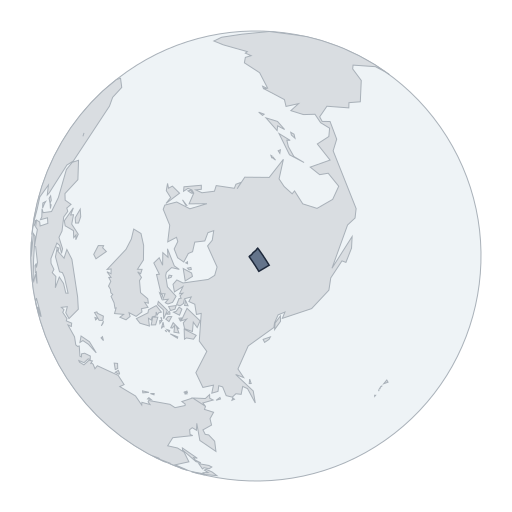 North Dakota on an orthographic globe, rotated 235°
{"feature_id": "USA-3516", "entity_name": "North Dakota", "entity_type": "State", "adm_level": 1, "iso_a3": "USA", "parent_name": "United States of America", "parent_adm1": "", "projection": "orthographic", "projection_center": [-98.519, 47.467], "detail": "fine", "context": "on_globe", "style": "filled", "palette": "slate", "viewbox_px": 512, "rotation_deg": 235, "n_neighbors": 0, "source": "natural_earth", "source_scale": "10m", "svg_char_len": 11414}
<svg xmlns="http://www.w3.org/2000/svg" viewBox="0 0 512 512"><g transform="rotate(235 256 256)"><circle cx="256" cy="256" r="225" fill="#eef3f6" stroke="#a8b0b8"/><path d="M381.4,443.1L376.4,446.4L376.3,446.5L360.8,455.4L344.7,463.1L328.1,469.4L331.7,468.0L342.6,462.4L356.7,445.0L353.8,442.5L339.4,442.9L322.5,429.9L328.3,420.1L324.1,417.0L338.0,400.0L333.5,388.0L328.3,387.4L323.7,393.8L305.4,389.1L297.9,379.5L237.4,365.2L230.3,358.9L228.9,348.8L202.4,311.2L216.8,345.9L207.7,338.8L199.2,326.0L202.7,323.6L195.2,304.7L186.2,296.1L181.0,271.4L189.8,241.8L193.5,247.6L195.1,240.3L190.6,232.8L187.2,229.7L186.8,198.0L173.8,176.4L163.5,176.2L170.6,171.4L147.0,176.3L136.0,171.1L152.2,173.0L156.8,170.3L151.2,164.5L154.7,160.5L154.0,155.6L158.7,151.5L167.9,153.6L171.1,151.1L166.9,147.2L169.0,141.1L174.6,147.1L178.8,137.1L194.9,139.8L206.1,161.0L218.8,160.7L240.4,178.2L242.3,173.7L251.6,178.2L257.2,174.9L259.6,179.5L262.0,172.9L258.7,169.3L258.7,165.3L261.7,163.1L265.3,168.6L264.3,170.4L266.9,170.9L267.5,174.7L268.9,171.6L272.9,178.7L273.4,168.6L280.4,171.8L281.8,177.4L275.8,180.7L264.2,203.4L263.8,211.0L269.3,217.8L292.0,222.1L294.0,229.2L301.0,235.9L302.7,230.0L297.7,222.7L302.5,213.8L295.9,206.5L296.9,202.0L292.5,193.4L299.5,190.8L308.7,193.0L312.7,200.2L316.9,201.6L318.2,191.8L330.7,203.0L347.5,206.8L350.0,210.5L345.7,222.0L332.6,228.9L327.0,245.8L337.1,231.1L343.2,241.1L347.0,241.4L350.4,239.0L350.6,233.8L354.0,236.7L345.3,251.8L342.0,249.4L344.8,244.5L338.8,248.0L332.9,259.1L336.5,263.8L323.9,277.1L326.3,280.7L324.9,286.0L321.9,279.1L327.0,292.0L312.8,311.9L319.5,333.9L305.9,319.1L296.8,318.9L286.2,321.3L287.2,324.9L271.9,324.2L260.0,333.3L258.4,351.3L265.7,363.8L282.4,362.6L286.1,354.8L297.7,351.4L292.1,371.7L312.6,370.5L312.1,384.2L318.5,389.6L328.1,385.4L338.3,385.6L344.6,376.0L355.1,367.9L356.4,378.3L361.3,366.4L367.8,369.0L388.1,358.6L386.8,361.8L404.1,364.1L420.9,357.3L424.8,361.2L422.9,366.9L428.3,363.6L428.4,366.1L447.9,350.2L456.3,344.8L454.9,353.3L445.8,371.6L432.4,395.5L414.5,415.1L406.6,423.4L394.8,433.4L381.4,443.1ZM76.9,291.8L78.1,287.3L79.4,292.0L76.9,291.8ZM77.5,283.3L77.3,285.1L77.2,283.3L77.5,283.3ZM76.5,281.2L77.2,282.7L76.2,281.4L76.5,281.2ZM75.0,278.9L75.9,280.0L75.7,280.0L75.0,278.9ZM319.7,341.5L343.1,345.1L331.1,350.3L333.2,347.7L327.0,345.2L315.8,344.1L305.0,349.0L319.7,341.5ZM73.3,274.1L72.9,272.7L73.9,273.3L73.3,274.1ZM327.2,326.7L323.3,327.0L327.0,325.8L327.2,326.7ZM185.1,229.1L190.1,233.1L192.9,241.6L188.4,238.6L185.1,229.1ZM180.3,213.5L183.6,214.0L181.5,221.4L180.2,218.8L180.3,213.5ZM155.4,177.3L158.8,180.2L154.3,178.9L155.4,177.3ZM153.1,155.7L151.0,156.2L151.6,153.5L153.1,155.7ZM288.9,195.5L290.7,194.5L290.6,196.6L288.9,195.5ZM285.4,192.9L284.0,196.1L282.1,195.3L283.0,193.3L285.4,192.9ZM159.2,144.9L160.7,140.6L160.8,145.3L159.2,144.9ZM287.5,189.2L279.0,193.5L275.7,192.2L276.2,183.7L287.5,189.2ZM162.6,138.3L166.1,128.2L161.8,128.4L176.0,122.7L168.3,132.8L169.1,138.5L166.0,136.5L162.6,138.3ZM256.4,169.1L260.0,172.8L254.2,171.8L256.4,169.1ZM252.7,169.5L235.0,173.0L231.1,166.8L237.8,166.7L230.6,160.6L237.4,155.8L243.0,158.1L244.1,163.0L245.8,157.5L252.7,169.5ZM183.3,121.4L185.5,119.4L185.0,121.9L183.3,121.4ZM258.2,163.7L255.0,164.8L251.4,159.4L257.3,156.2L256.5,158.9L258.2,163.7ZM225.3,161.5L223.7,157.1L228.8,152.0L228.9,149.7L237.3,155.2L225.3,161.5ZM258.9,159.1L260.3,154.8L264.7,155.4L261.2,162.2L258.9,159.1ZM248.0,159.4L246.6,156.8L249.3,157.2L248.0,159.4ZM281.2,155.9L277.4,157.0L275.2,154.2L281.2,155.9ZM260.6,153.2L259.0,153.0L257.7,152.1L259.6,149.5L260.6,153.2ZM240.3,151.3L242.8,150.2L237.1,148.7L240.7,145.1L245.7,149.5L245.0,146.1L246.1,145.0L248.9,149.9L240.3,151.3ZM257.5,144.4L265.1,149.2L272.6,147.5L274.8,149.9L262.3,152.2L257.5,144.4ZM252.2,147.1L256.0,145.9L256.8,149.3L254.7,152.2L252.2,147.1ZM241.4,141.1L234.6,145.5L233.7,144.5L241.4,141.1ZM259.6,143.2L257.7,142.1L260.0,142.7L259.6,143.2ZM246.8,140.9L244.5,142.6L243.6,141.3L246.8,140.9ZM255.9,138.6L258.3,140.1L257.0,142.0L255.9,138.6ZM251.6,139.1L250.9,136.9L255.1,141.9L250.7,140.0L251.6,139.1ZM246.3,139.4L245.0,139.2L247.4,138.9L246.3,139.4ZM259.6,130.6L265.2,136.3L262.2,140.5L257.2,134.3L259.6,130.6ZM396.7,80.1L384.5,71.4L401.9,86.5L399.0,86.3L380.3,71.5L364.2,59.7L362.6,59.3L367.8,64.9L359.0,60.9L369.0,67.0L368.7,65.5L374.9,69.5L375.6,71.2L372.5,69.5L375.9,73.2L389.9,80.8L391.1,80.1L403.1,92.1L406.3,92.2L411.4,96.8L407.9,98.3L404.4,96.4L402.1,104.2L406.9,107.1L409.4,100.2L410.9,103.0L417.4,107.8L413.6,106.5L409.7,114.0L417.2,127.6L435.6,150.3L438.1,159.2L436.2,165.5L420.7,153.9L416.7,135.3L411.2,131.7L404.4,134.1L403.8,128.5L400.5,127.4L398.3,120.9L387.7,111.4L384.3,105.3L372.9,101.7L369.7,98.2L377.3,101.2L380.8,100.3L371.5,86.5L367.6,83.9L361.0,82.8L359.2,79.5L354.0,80.3L345.1,73.4L351.6,82.8L343.9,82.6L334.7,78.9L333.3,80.7L348.4,86.9L353.4,87.9L355.8,86.0L370.4,91.3L375.2,96.2L364.3,97.5L369.8,104.8L358.9,103.3L324.8,86.4L314.3,79.9L312.0,66.9L318.6,67.6L322.7,72.4L325.6,67.1L322.1,67.9L320.7,65.4L313.1,65.2L311.7,63.4L306.7,66.5L304.2,64.3L307.3,62.4L293.9,61.0L286.6,57.4L284.2,58.0L283.7,59.6L274.9,54.3L273.5,55.1L275.9,57.0L274.7,59.8L269.1,62.9L266.4,60.9L268.0,59.5L267.3,53.9L272.0,50.9L270.3,50.5L265.5,52.6L266.4,59.4L263.9,61.8L262.5,58.5L262.8,59.9L260.7,60.5L256.0,59.4L257.1,63.1L237.3,74.6L226.3,74.2L227.2,69.5L210.5,77.0L199.4,76.9L201.6,78.6L195.1,84.0L198.5,84.0L199.1,85.3L183.9,100.4L178.2,102.7L174.2,112.1L175.3,113.1L179.3,111.8L176.0,122.7L161.8,128.4L159.9,125.8L152.3,131.6L149.1,125.0L143.0,122.6L144.0,112.8L139.0,112.1L136.6,114.6L128.0,115.9L118.9,111.1L137.1,104.2L152.9,111.5L147.4,107.3L151.9,105.3L151.8,102.0L147.6,99.6L145.2,101.2L154.9,83.6L151.2,74.8L143.7,81.6L136.6,84.6L125.9,83.0L131.3,70.0L122.0,75.8L119.8,76.9L124.5,73.1L127.8,71.3L134.6,66.8L135.7,66.7L144.3,60.8L146.3,60.4L152.0,56.4L147.3,58.7L139.0,63.7L141.9,61.8L155.9,54.2L170.5,47.6L185.5,42.0L200.8,37.6L216.4,34.2L232.3,32.0L248.2,30.9L264.2,30.9L280.1,32.0L295.9,34.3L311.5,37.7L326.9,42.2L341.9,47.7L356.4,54.3L370.4,62.0L383.9,70.6L396.7,80.1ZM479.1,225.1L480.6,242.9L479.3,247.0L471.1,242.7L468.2,229.6L462.8,221.9L438.6,160.9L439.0,153.3L426.3,122.8L425.7,120.0L433.2,126.7L428.4,112.8L419.8,103.5L409.5,91.3L402.2,84.6L414.2,95.6L425.5,107.6L435.8,120.3L445.2,133.7L453.6,147.8L460.9,162.4L467.2,177.5L472.3,193.1L476.3,209.0L479.1,225.1ZM453.3,182.9L455.5,185.7L453.3,182.9ZM338.3,46.3L337.4,46.1L332.6,44.2L333.8,44.9L337.4,46.1L339.4,48.0L331.5,45.1L329.4,45.1L333.4,46.9L347.5,52.0L344.8,49.1L350.6,51.6L351.2,51.8L338.3,46.3ZM388.7,358.1L391.3,358.8L388.1,360.6L388.7,358.1ZM330.1,355.5L334.8,354.4L337.4,355.4L334.0,357.0L330.1,355.5ZM367.4,342.0L372.3,340.7L367.5,344.0L367.4,342.0ZM346.6,345.2L363.4,343.4L353.9,350.8L343.2,352.0L350.2,348.4L346.6,345.2ZM326.4,334.4L329.5,334.5L329.0,336.9L326.4,334.4ZM329.9,325.9L328.8,326.5L327.0,325.1L329.9,325.9ZM343.7,240.2L344.5,239.1L348.4,237.6L347.3,240.3L343.7,240.2ZM361.0,220.0L366.2,225.2L361.7,223.2L361.2,227.6L351.3,229.4L350.7,212.4L352.8,219.6L361.0,220.0ZM337.8,227.6L344.2,228.0L337.2,228.3L337.8,227.6ZM384.8,129.5L386.5,127.1L391.0,129.8L395.2,138.9L388.8,135.0L384.8,129.5ZM387.8,123.3L375.8,122.9L372.7,117.7L376.5,120.6L375.6,117.2L381.5,121.0L390.2,117.0L394.8,119.2L400.2,134.0L395.9,127.7L394.5,130.2L387.8,123.3ZM350.7,135.1L345.5,136.0L345.5,123.3L350.4,124.0L355.0,132.8L351.9,137.1L350.7,135.1ZM290.2,173.8L288.2,175.8L287.2,174.2L288.1,171.2L290.2,173.8ZM279.6,156.6L297.9,163.9L296.5,166.4L308.9,168.3L310.1,175.7L302.0,174.2L312.2,181.6L305.4,183.2L312.7,187.6L294.7,183.4L289.0,185.5L294.9,180.2L294.0,173.2L291.8,170.8L281.6,165.8L268.9,167.4L265.9,161.1L267.2,156.3L269.8,154.9L270.9,159.3L273.6,154.4L277.2,159.8L279.6,156.6ZM283.9,109.4L284.1,114.1L290.0,107.1L293.7,111.6L294.1,110.5L299.1,112.9L306.0,114.1L306.7,116.6L309.1,116.0L312.4,117.7L315.9,117.9L318.5,122.5L322.9,123.1L321.6,125.0L328.6,124.9L324.6,127.1L328.5,129.9L330.4,126.3L336.0,153.3L341.4,163.6L348.2,171.3L340.4,174.7L329.1,170.0L317.3,161.5L313.1,151.3L310.4,155.0L307.6,151.3L310.9,150.0L304.1,149.9L302.7,146.5L292.2,140.4L283.1,142.8L279.1,140.8L281.9,138.2L275.9,138.1L278.5,132.0L275.6,130.5L275.3,123.2L282.4,119.5L278.7,118.2L278.3,112.9L283.9,109.4ZM259.8,128.5L267.5,122.4L273.3,122.1L271.4,134.9L273.6,137.1L272.6,145.8L264.3,146.3L265.3,143.7L264.4,141.3L267.4,142.1L264.3,139.7L265.7,136.2L263.7,133.4L266.7,132.2L259.8,128.5ZM421.3,115.0L420.2,112.6L417.6,108.6L421.7,111.8L421.3,115.0ZM419.0,120.2L417.4,117.6L421.9,119.6L423.1,122.3L419.0,120.2ZM412.8,114.8L417.0,117.4L415.4,117.5L412.8,114.8ZM375.5,99.0L373.4,96.6L374.6,96.4L377.5,97.9L375.5,99.0ZM302.3,91.3L301.5,93.6L300.0,93.3L294.3,96.5L291.1,93.6L293.3,90.6L302.3,91.3ZM389.6,75.1L394.9,79.0L395.6,79.7L393.6,78.2L389.6,75.1ZM410.8,95.2L407.7,91.3L411.9,96.2L410.8,95.2ZM298.0,88.8L296.0,90.3L295.6,88.0L298.0,88.8ZM288.5,91.8L287.5,89.2L290.1,93.7L288.5,91.8ZM268.3,69.6L279.8,68.1L286.0,65.7L286.2,62.2L290.8,66.8L281.3,70.4L268.3,69.6ZM241.5,74.0L241.3,77.6L238.1,76.9L237.7,76.0L241.5,74.0ZM243.7,75.6L249.6,78.4L247.4,81.0L243.2,78.2L243.7,75.6ZM274.2,82.5L277.8,82.1L278.0,84.0L274.2,82.5ZM107.6,86.8L110.1,85.0L106.8,88.1L106.0,88.5L107.6,86.8ZM98.5,98.0L106.7,88.4L113.8,81.6L110.4,84.4L109.9,84.6L116.2,79.4L113.1,82.8L107.3,88.5L108.8,88.4L106.0,92.6L110.2,90.9L109.8,92.8L104.2,96.2L98.5,98.0ZM112.3,90.0L118.7,90.0L111.5,97.2L108.5,98.8L108.6,95.6L112.4,92.0L112.3,90.0ZM118.1,92.2L121.9,88.9L139.2,84.6L141.0,85.6L124.0,91.9L126.7,89.2L123.7,89.2L118.1,92.2ZM183.6,118.7L185.4,119.4L182.8,120.2L183.6,118.7ZM201.1,85.2L201.4,87.0L198.5,87.8L201.1,85.2ZM200.8,92.8L203.9,90.6L201.8,93.7L200.8,92.8ZM210.6,85.7L205.7,90.1L208.8,84.8L210.6,85.7Z" fill="#d9dde1" stroke="#a8b0b8" stroke-width="1"/><path d="M241.8,249.5L242.0,249.5L242.5,249.5L243.1,249.6L243.7,249.6L244.2,249.7L244.8,249.7L245.4,249.7L245.9,249.7L246.5,249.8L247.0,249.8L247.6,249.8L248.2,249.9L248.7,249.9L249.3,249.9L249.9,249.9L250.4,249.9L251.0,249.9L251.6,250.0L252.1,250.0L252.7,250.0L253.3,250.0L253.8,250.0L254.4,250.0L255.0,250.0L255.5,250.0L256.1,250.0L256.7,250.0L257.3,250.0L257.8,250.0L258.4,250.0L259.0,250.0L259.3,250.0L259.4,250.3L259.5,250.4L259.5,250.6L259.6,250.8L259.6,251.0L259.7,251.3L259.6,251.5L259.5,251.8L259.6,252.0L259.6,252.3L259.6,252.6L259.7,252.8L259.6,253.0L259.7,253.4L259.7,253.5L259.8,253.8L259.9,254.1L260.0,254.2L260.0,254.3L260.0,254.5L260.2,254.8L260.2,255.0L260.3,255.1L260.3,255.3L260.4,255.5L260.4,255.8L260.4,256.1L260.5,256.2L260.5,256.3L260.5,256.8L260.5,257.0L260.5,257.3L260.5,257.5L260.5,257.8L260.6,258.0L260.7,258.3L260.7,258.5L260.7,258.8L260.7,259.0L260.8,259.4L260.8,259.6L260.8,259.8L260.9,260.0L261.1,260.3L261.2,260.5L261.2,260.8L261.3,260.9L261.3,261.0L261.3,261.3L261.3,261.5L261.4,261.9L260.7,261.9L260.1,262.0L259.5,262.0L258.8,262.0L258.2,262.0L257.5,262.0L256.9,262.0L256.3,262.0L255.6,262.0L255.0,262.0L254.4,262.0L253.7,262.0L253.1,262.0L252.5,262.0L251.8,262.0L251.2,261.9L250.5,261.9L249.9,261.9L249.3,261.9L248.6,261.9L248.0,261.8L247.4,261.8L246.7,261.8L246.1,261.8L245.5,261.7L244.8,261.7L244.2,261.7L243.5,261.6L242.9,261.6L242.3,261.6L241.6,261.5L240.9,261.5L241.0,260.7L241.0,260.1L241.1,259.4L241.1,258.7L241.1,258.1L241.2,257.4L241.2,256.8L241.3,256.1L241.3,255.5L241.4,254.8L241.4,254.2L241.5,253.5L241.5,252.9L241.6,252.2L241.6,251.6L241.7,250.9L241.7,250.2L241.8,249.5Z" fill="#64748b" stroke="#1e293b" stroke-width="1.5"/></g></svg>